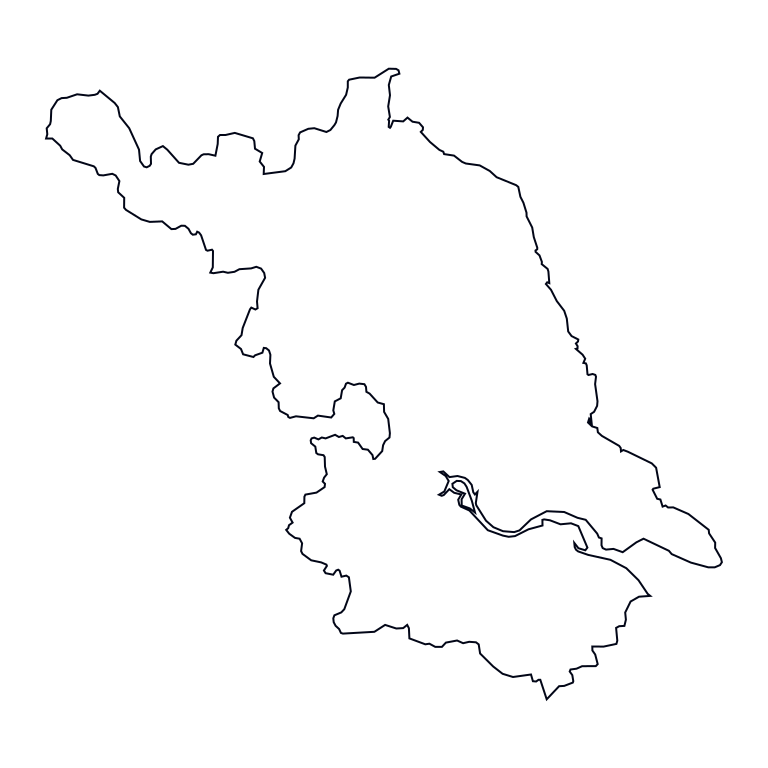 the Province of Jiangsu
{"feature_id": "CHN-1818", "entity_name": "Jiangsu", "entity_type": "Province", "adm_level": 1, "iso_a3": "CHN", "parent_name": "China", "parent_adm1": "", "projection": "mercator", "projection_center": [119.061, 32.938], "detail": "fine", "context": "isolated", "style": "outline", "palette": "ink", "viewbox_px": 768, "rotation_deg": 0, "n_neighbors": 0, "source": "natural_earth", "source_scale": "10m", "svg_char_len": 6084}
<svg xmlns="http://www.w3.org/2000/svg" viewBox="0 0 768 768"><path d="M399.4,73.7L391.2,76.5L388.8,85.0L390.0,95.2L388.2,106.4L389.9,117.0L388.3,119.7L389.1,120.7L388.7,126.9L390.0,127.8L390.8,126.8L393.2,120.7L403.2,121.4L407.5,117.6L412.5,121.7L419.1,122.8L423.0,127.3L422.8,129.9L420.8,131.9L430.0,142.0L439.4,149.9L443.3,151.7L444.1,154.1L454.0,155.6L462.1,161.9L465.8,163.5L479.7,165.4L489.8,171.0L496.6,177.2L516.2,185.2L518.3,186.9L520.4,196.8L523.4,202.7L526.5,212.7L526.6,216.4L532.2,227.5L533.8,237.1L537.3,247.8L537.2,249.3L535.5,250.5L535.6,251.9L539.5,255.4L541.9,261.9L541.7,264.1L547.6,268.9L548.4,271.5L549.3,283.1L547.2,282.3L545.9,284.0L551.0,289.8L556.8,301.1L564.2,310.8L566.8,318.6L568.2,331.5L571.6,336.1L578.3,339.5L578.0,341.5L575.9,343.5L577.6,346.2L577.5,348.4L575.9,348.9L582.6,354.7L585.2,358.7L583.4,362.9L585.9,363.4L586.7,365.3L587.5,374.3L588.5,375.0L592.6,374.0L595.3,374.9L596.0,376.7L595.1,384.1L597.5,401.3L597.1,405.9L594.1,411.8L590.7,414.1L591.7,423.7L589.6,421.6L590.1,419.6L589.2,418.6L588.0,422.5L592.1,426.4L597.3,428.0L597.9,432.3L601.9,435.9L619.2,445.9L620.7,448.0L621.0,451.4L623.3,450.0L627.8,451.7L651.8,463.4L656.1,467.7L659.7,487.1L653.3,488.7L652.6,489.7L657.2,498.8L660.4,499.5L662.6,506.6L665.6,505.5L668.1,507.5L673.3,507.4L688.4,514.0L708.7,529.8L709.1,533.4L715.2,542.6L715.1,548.0L720.9,558.2L721.9,562.2L720.0,565.1L714.8,567.3L708.2,567.3L690.9,562.6L671.7,554.1L668.9,550.8L643.5,538.7L636.4,542.3L622.7,552.2L613.5,548.9L606.0,549.6L602.7,548.1L601.5,545.3L601.6,538.4L598.9,537.5L597.2,533.6L585.7,519.8L577.5,517.8L564.2,512.0L546.7,511.2L531.0,519.4L519.5,530.4L514.2,532.1L503.0,531.2L493.4,527.2L486.0,520.7L476.3,505.3L475.8,503.1L477.5,491.8L474.9,494.5L473.3,492.3L471.7,484.9L467.8,480.0L464.9,477.9L457.5,476.0L449.5,477.1L443.3,471.4L439.9,472.0L445.7,476.0L448.7,481.0L444.3,491.5L439.0,494.7L441.7,495.8L443.8,495.0L449.3,489.2L454.2,492.8L461.3,494.5L458.2,499.7L459.3,504.8L460.8,506.6L469.4,510.5L487.8,530.2L502.9,535.6L508.7,536.8L515.0,536.1L528.5,529.3L542.5,525.5L542.4,519.9L544.1,519.4L550.0,520.3L560.5,524.3L571.0,523.3L578.3,526.1L587.4,547.6L585.3,550.3L578.4,548.2L574.3,542.9L574.7,547.1L576.0,549.7L578.1,551.4L588.2,554.9L610.4,559.8L626.3,568.2L638.5,580.2L647.7,593.9L650.2,595.9L639.0,596.7L630.6,601.5L625.2,612.5L625.9,619.7L624.4,625.9L619.2,626.2L616.1,627.9L617.3,640.7L616.4,643.9L603.6,646.6L592.3,646.5L592.4,650.5L595.2,654.5L597.7,664.1L595.8,666.1L582.1,666.2L576.5,668.7L570.5,669.5L569.7,671.5L572.3,675.1L573.3,681.2L572.8,682.6L564.2,685.9L559.1,686.2L546.7,699.3L540.3,679.8L538.5,679.8L536.1,681.5L532.9,681.2L531.0,674.5L513.0,677.0L502.6,673.8L493.2,666.5L480.1,653.5L478.7,644.4L476.0,642.3L469.2,641.8L463.1,643.2L457.1,640.5L445.9,642.6L441.9,646.9L435.3,646.9L429.4,643.7L425.3,644.3L409.4,638.4L408.9,628.2L407.2,624.9L403.2,628.1L396.3,628.5L385.1,624.9L374.4,631.8L342.9,633.6L340.9,632.9L339.1,629.0L335.6,625.8L333.7,622.2L333.3,618.3L334.4,615.3L341.3,612.4L344.3,609.2L350.8,591.4L348.9,577.3L346.3,575.6L341.5,576.7L339.6,570.7L338.2,569.7L336.2,570.5L333.2,574.7L325.6,573.2L323.9,570.5L326.9,565.9L326.4,564.6L321.2,562.4L311.2,560.3L302.5,553.9L301.1,551.1L302.1,543.3L299.6,538.7L295.0,537.9L289.2,533.7L286.2,529.9L288.2,528.2L289.0,525.2L292.6,522.6L289.9,517.7L292.0,511.8L304.3,503.2L304.4,496.7L305.4,494.6L316.5,492.6L324.6,487.1L325.0,483.8L322.7,481.5L324.1,477.6L326.8,474.2L325.0,466.6L324.7,457.0L323.5,455.2L318.0,454.3L316.3,453.0L315.3,446.6L311.1,443.2L310.7,440.3L311.6,438.4L314.2,437.6L318.4,439.4L321.8,437.5L325.6,438.4L335.1,434.8L338.9,437.0L342.7,435.9L345.8,438.4L352.8,437.3L353.7,438.1L353.8,441.9L358.1,442.6L362.6,449.0L367.9,449.7L372.5,455.1L373.3,459.0L375.1,458.8L382.2,451.1L383.1,445.2L385.1,441.1L389.5,437.5L389.9,433.2L388.2,418.9L384.1,411.9L383.9,404.2L377.7,402.5L369.6,393.6L366.4,391.8L366.0,386.9L364.4,384.2L359.3,383.6L353.9,385.0L347.9,382.7L346.0,383.7L344.6,387.6L342.1,390.2L340.7,398.3L334.8,401.4L333.3,410.4L334.3,413.9L331.2,417.5L317.9,415.6L313.7,418.3L296.0,416.3L290.0,417.9L288.3,417.0L287.7,415.0L280.1,411.0L278.8,408.3L278.6,402.2L274.1,397.6L272.5,391.6L273.4,388.4L280.0,383.4L273.8,376.8L270.0,363.5L270.4,354.8L269.0,350.5L266.2,348.2L263.8,347.9L262.4,352.7L255.1,355.3L253.4,357.0L243.1,354.3L241.0,349.0L235.3,344.6L236.4,340.7L241.5,335.2L242.7,328.0L250.0,309.3L251.3,307.6L255.4,309.5L257.6,308.2L257.0,301.5L258.4,289.7L265.1,277.8L264.2,273.0L261.1,268.6L256.3,266.8L251.1,268.4L239.4,269.2L234.5,271.8L227.9,272.8L223.1,271.7L213.4,273.2L210.3,272.6L212.8,267.4L213.0,251.0L212.0,249.7L207.5,250.7L206.0,249.9L201.1,235.3L199.1,232.6L197.2,231.7L195.9,234.3L192.8,234.7L190.9,233.2L188.5,228.8L184.9,225.8L181.3,225.7L175.5,228.9L171.4,229.1L162.2,221.4L149.8,221.9L141.3,219.4L126.0,209.9L124.1,207.7L124.2,197.8L118.2,192.3L117.8,189.0L119.4,181.1L115.7,175.5L112.3,173.8L103.3,175.4L99.3,175.1L97.8,173.9L95.5,167.9L93.8,166.3L73.0,159.9L69.7,155.2L62.2,149.4L60.2,145.7L52.3,138.5L46.1,138.5L47.3,134.2L46.7,128.3L50.1,124.2L50.8,121.0L51.3,109.7L57.4,100.2L61.6,98.1L66.8,97.8L77.1,94.3L88.4,95.6L94.8,94.8L97.5,93.8L99.8,90.7L114.7,103.0L117.9,107.1L119.8,116.4L129.2,128.2L139.0,149.6L140.1,161.0L144.0,166.5L146.7,167.3L149.7,165.8L151.0,163.8L150.8,156.6L151.6,154.1L155.7,149.4L162.9,146.1L167.3,149.7L179.0,162.8L188.4,164.7L193.2,163.8L201.4,155.3L203.6,154.3L208.7,154.2L215.4,155.7L217.7,144.0L218.0,136.8L220.0,135.0L225.5,135.0L234.8,132.9L252.9,138.3L254.3,141.1L255.0,148.7L262.2,153.0L259.7,161.5L264.0,166.9L263.7,174.0L285.3,171.2L291.2,167.5L293.5,163.3L294.6,158.6L295.4,145.6L298.8,139.3L298.6,135.2L300.1,132.4L308.3,128.8L314.3,128.2L326.4,132.0L330.4,130.0L334.4,125.1L336.0,122.4L337.6,116.0L338.1,109.8L340.7,103.5L346.1,94.8L347.8,87.5L347.8,81.3L349.1,79.7L359.7,77.5L374.6,77.7L388.8,68.7L396.1,68.9L398.5,70.3L399.4,73.7ZM471.8,500.7L475.0,512.5L469.8,508.4L461.7,505.5L461.6,499.3L465.0,493.7L456.5,490.3L452.8,487.2L452.4,483.8L456.7,480.9L460.9,481.1L464.4,483.4L466.6,486.8L471.8,500.7Z" fill="none" stroke="#020617" stroke-width="2"/></svg>